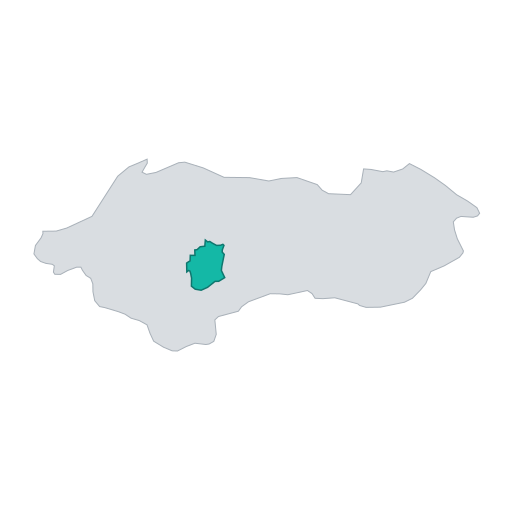 location of Gramsh, Elbasan, Albania, rotated 92°
{"feature_id": "67620474B60363170083379", "entity_name": "Gramsh", "entity_type": "district", "adm_level": 2, "iso_a3": "ALB", "parent_name": "Albania", "parent_adm1": "Elbasan", "projection": "mercator", "projection_center": [20.218, 40.831], "detail": "fine", "context": "in_parent", "style": "filled", "palette": "teal", "viewbox_px": 512, "rotation_deg": 92, "n_neighbors": 0, "source": "geoboundaries", "source_scale": "gbopen_adm2", "svg_char_len": 2010}
<svg xmlns="http://www.w3.org/2000/svg" viewBox="0 0 512 512"><g transform="rotate(92 256 256)"><path d="M165.2,151.5L165.5,144.0L167.3,132.2L166.3,128.2L167.3,121.4L163.9,112.4L158.3,105.9L163.7,94.3L171.6,80.3L178.9,69.2L187.8,57.6L193.7,46.5L200.0,36.9L205.5,34.0L208.2,36.0L209.7,40.2L209.3,52.6L211.2,56.9L215.0,60.0L223.0,58.5L231.8,55.4L243.7,48.9L245.7,49.3L250.2,52.7L259.3,67.6L265.5,80.8L277.5,85.3L284.2,90.4L292.8,98.2L297.0,106.0L302.8,129.9L303.5,144.2L301.8,150.8L300.3,152.5L295.0,175.8L296.3,187.7L296.2,195.5L291.7,198.6L288.7,203.4L293.6,222.8L293.0,231.0L293.2,240.5L302.0,261.9L307.2,268.6L311.8,271.7L317.8,291.4L321.3,294.9L335.7,293.0L342.8,295.2L345.6,299.8L346.2,303.0L345.3,314.0L348.9,322.5L353.7,331.2L353.7,336.5L350.4,345.2L344.7,355.3L337.0,359.2L328.6,362.5L324.6,370.4L322.5,378.7L318.7,384.9L316.4,391.7L312.8,405.5L312.0,410.5L306.3,415.6L297.4,417.7L289.5,418.1L284.1,420.4L281.4,425.1L276.4,428.9L273.3,430.6L273.4,434.8L277.0,443.6L281.2,450.7L281.3,456.4L279.2,457.9L272.8,457.2L271.4,459.3L270.7,465.7L269.0,471.1L266.3,474.4L261.7,478.0L253.2,476.8L245.3,471.4L241.1,469.7L238.7,469.9L238.1,456.6L234.7,446.2L222.1,421.3L181.1,397.0L171.4,386.1L167.2,376.9L163.0,368.2L167.0,367.9L171.0,370.1L176.2,372.8L178.2,368.4L176.0,358.9L165.5,336.6L164.7,330.4L169.8,311.8L178.5,290.7L177.9,265.2L180.6,245.8L177.6,233.3L176.2,217.8L182.5,197.3L187.9,192.2L191.2,185.7L191.4,163.7L179.3,153.4L165.2,151.5Z" fill="#d9dde1" stroke="#a8b0b8" stroke-width="1"/><path d="M244.6,300.2L243.1,302.7L243.6,304.8L241.8,307.2L248.0,307.5L248.7,312.1L251.7,315.1L252.1,317.4L257.5,317.0L257.6,319.7L257.6,321.7L263.2,321.7L264.1,323.2L265.5,325.1L274.3,324.6L272.8,322.8L273.4,321.5L276.0,320.6L277.9,320.2L280.3,319.6L288.4,319.5L291.3,315.6L292.1,309.6L289.0,303.3L282.8,296.1L282.6,292.4L278.7,286.5L271.7,290.1L267.5,289.8L255.5,287.8L253.3,289.9L251.1,289.9L246.5,288.4L245.5,289.5L246.5,291.8L246.8,295.8L244.6,300.2Z" fill="#14b8a6" stroke="#0f766e" stroke-width="1.5"/></g></svg>